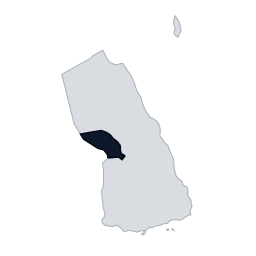 Zamakh wa Manwokh, Hadramawt, Yemen (highlighted), rotated 265°
{"feature_id": "15242507B25520584620075", "entity_name": "Zamakh wa Manwokh", "entity_type": "district", "adm_level": 2, "iso_a3": "YEM", "parent_name": "Yemen", "parent_adm1": "Hadramawt", "projection": "albers", "projection_center": [47.768, 17.17], "detail": "fine", "context": "in_parent", "style": "filled", "palette": "ink", "viewbox_px": 256, "rotation_deg": 265, "n_neighbors": 0, "source": "geoboundaries", "source_scale": "gbopen_adm2", "svg_char_len": 6074}
<svg xmlns="http://www.w3.org/2000/svg" viewBox="0 0 256 256"><g transform="rotate(265 128 128)"><path d="M207.8,109.6L198.9,113.2L196.6,114.7L194.5,116.6L193.0,118.8L191.9,122.8L192.9,126.5L192.8,128.4L190.5,129.7L188.4,130.7L186.0,132.2L184.6,132.6L183.4,133.7L182.0,134.5L177.0,136.7L171.6,138.4L162.9,140.4L159.5,142.5L156.5,143.9L151.8,144.4L145.4,146.4L141.9,148.0L137.5,150.6L136.5,151.4L135.7,153.3L134.4,154.9L131.7,157.6L129.7,159.0L128.4,159.0L125.8,159.8L122.7,160.0L117.5,159.0L116.2,159.7L115.1,160.7L111.1,162.6L107.0,166.2L104.0,167.1L99.2,168.3L95.8,169.8L93.6,170.4L90.7,170.7L85.3,170.5L80.2,171.0L75.4,171.9L73.2,173.9L70.6,176.9L66.4,178.1L65.4,179.2L64.1,181.5L61.4,182.0L59.0,182.4L56.5,181.3L51.7,184.0L50.0,184.4L47.3,184.5L45.3,185.0L44.0,184.8L42.3,183.7L38.7,182.3L36.0,183.1L35.8,180.5L31.6,172.5L32.7,165.7L32.7,164.7L31.9,161.6L29.4,158.7L29.5,155.2L28.7,152.6L28.1,150.0L28.3,149.3L28.4,148.6L27.1,144.6L26.7,143.7L26.6,142.9L27.0,142.3L27.0,141.5L26.4,140.2L25.7,137.9L22.2,135.9L23.0,134.2L23.6,134.8L24.5,135.4L24.8,134.3L24.8,133.4L23.5,128.2L25.8,121.2L25.3,114.9L28.6,112.5L29.5,111.7L30.0,111.1L30.8,109.6L31.9,109.2L32.3,107.7L32.3,106.9L31.6,106.3L31.1,104.5L31.4,102.3L31.6,101.4L32.0,99.7L33.1,99.1L33.4,98.6L32.6,97.5L32.6,96.8L34.7,95.1L35.4,94.5L36.7,94.0L37.7,94.0L38.9,94.4L39.9,94.9L40.8,95.8L41.9,96.9L43.5,97.3L44.6,97.3L45.5,97.7L46.2,97.5L47.1,97.0L48.5,97.0L49.7,96.5L53.2,96.2L56.6,96.5L60.2,96.0L63.7,96.1L67.2,96.2L68.0,96.3L68.8,96.6L71.8,98.2L74.0,98.6L78.6,99.1L83.5,99.6L87.7,100.0L91.3,99.7L94.3,99.4L95.1,99.5L96.0,100.5L97.8,102.9L99.5,105.3L102.4,105.4L104.4,104.5L106.5,103.3L107.7,102.3L109.2,98.6L110.2,96.1L112.4,93.4L114.2,91.1L116.6,88.0L118.0,86.3L120.6,83.0L123.1,81.7L128.0,79.2L132.8,76.7L135.9,75.1L138.5,74.3L142.9,73.7L148.1,72.9L153.3,72.1L158.9,71.2L165.0,70.2L169.3,69.6L174.7,68.7L179.1,68.0L183.1,67.3L187.2,66.7L188.0,68.5L188.9,70.3L189.7,72.2L190.5,74.0L191.3,75.8L192.1,77.7L192.9,79.5L193.8,81.3L194.6,83.1L195.4,85.0L196.2,86.8L197.1,88.6L197.9,90.5L198.7,92.3L199.5,94.1L200.4,96.0L201.2,97.7L202.5,98.3L203.2,100.0L204.4,102.4L205.5,104.8L206.7,107.2L207.8,109.6ZM222.1,183.4L223.2,183.6L224.9,182.9L229.8,182.7L235.7,184.5L234.6,185.1L234.0,185.9L231.4,186.7L228.9,188.3L221.5,189.3L219.3,189.0L217.4,187.5L214.1,185.6L215.3,184.3L215.6,183.7L216.1,183.1L217.9,182.1L219.8,182.2L222.1,183.4ZM23.9,159.3L23.7,159.7L23.3,159.6L22.3,158.6L23.5,157.5L24.1,158.6L23.9,159.3ZM21.0,134.6L20.4,135.0L20.3,134.3L20.7,132.7L21.3,132.2L21.7,133.4L21.4,134.1L21.0,134.6ZM23.2,164.2L22.0,164.8L22.9,163.3L23.7,163.0L23.9,163.1L23.2,164.2Z" fill="#d9dde1" stroke="#a8b0b8" stroke-width="1"/><path d="M97.0,119.3L97.3,119.5L97.5,119.7L97.5,119.8L97.8,120.0L98.0,120.2L98.1,120.3L98.3,120.4L98.3,120.5L98.5,120.6L98.7,120.8L98.8,120.9L98.9,121.0L99.0,121.1L99.2,121.3L99.3,121.4L99.4,121.5L99.5,121.7L99.5,121.8L99.7,122.0L99.8,122.1L100.0,122.3L100.4,122.4L100.5,122.4L100.8,122.2L101.0,122.0L101.1,121.9L101.3,121.7L101.5,121.5L101.5,121.4L101.6,121.2L101.8,120.9L101.9,120.7L101.9,120.4L102.0,120.3L102.0,120.1L102.2,119.9L102.3,119.8L102.4,119.7L102.5,119.6L102.8,119.5L103.0,119.4L103.3,119.2L103.6,119.1L103.8,119.0L104.0,118.9L104.3,118.8L104.5,118.8L104.6,118.7L104.9,118.6L105.0,118.6L105.3,118.6L105.5,118.6L105.8,118.6L106.0,118.5L106.4,118.5L106.6,118.5L106.8,118.5L107.0,118.5L107.3,118.5L107.6,118.5L107.9,118.5L108.0,118.6L108.3,118.6L108.5,118.6L108.8,118.6L109.0,118.6L109.3,118.7L109.5,118.7L109.8,118.7L110.0,118.7L110.3,118.7L110.5,118.7L110.9,118.7L111.0,118.7L111.4,118.6L111.5,118.6L111.8,118.5L111.9,118.4L112.0,118.3L112.1,118.2L112.4,118.0L112.5,117.9L112.8,117.7L113.0,117.5L113.3,117.4L113.5,117.3L113.7,117.2L113.9,117.2L114.0,117.1L114.3,116.9L114.5,116.7L114.8,116.6L115.0,116.4L115.1,116.2L115.3,116.1L115.5,115.9L115.7,115.7L115.8,115.6L116.0,115.4L116.2,115.2L116.3,115.1L116.5,114.9L116.7,114.7L116.8,114.6L117.0,114.4L117.2,114.2L117.3,114.1L117.4,113.9L117.5,113.8L117.5,113.7L117.7,113.4L117.9,113.3L118.0,113.2L118.2,112.9L118.3,112.8L118.4,112.7L118.5,112.6L118.8,112.4L119.0,112.3L119.0,112.2L119.3,112.0L119.4,111.9L119.5,111.8L119.6,111.7L119.8,111.6L120.0,111.4L120.3,111.3L120.3,111.2L120.6,111.1L120.8,110.9L121.0,110.8L121.2,110.7L121.3,110.6L121.5,110.5L121.6,110.4L121.8,110.3L121.9,110.2L122.1,110.2L122.3,110.0L122.4,109.9L122.5,109.8L122.6,109.7L122.8,109.5L122.9,109.4L123.0,109.3L123.0,109.2L123.3,108.9L123.5,108.7L123.8,108.4L124.0,108.2L124.2,107.9L124.3,107.7L124.5,107.5L124.6,107.3L124.7,107.2L124.8,107.1L124.9,106.9L125.0,106.7L125.2,106.3L125.3,106.2L125.5,106.0L125.6,105.9L125.7,105.7L125.8,105.6L125.9,105.4L126.0,105.2L126.1,104.9L126.2,104.7L126.3,104.6L126.4,104.4L126.4,104.2L126.5,104.1L126.6,103.8L126.7,103.7L126.8,103.5L126.8,103.3L126.9,103.2L127.0,103.0L127.0,102.8L127.1,102.7L127.2,102.4L127.3,102.1L127.5,101.8L127.5,101.7L127.6,101.4L127.7,101.2L127.7,100.9L127.8,100.8L127.8,100.7L127.8,100.4L127.8,100.2L127.8,99.9L127.7,99.8L127.7,99.6L127.6,98.2L127.3,94.1L127.2,92.7L126.4,83.3L126.1,80.1L125.7,80.3L125.3,80.5L124.9,80.7L124.5,80.9L124.1,81.1L123.7,81.3L123.3,81.6L122.8,81.8L122.5,81.9L122.1,82.2L121.6,82.4L121.2,82.6L120.8,82.8L120.5,83.2L120.2,83.6L120.0,83.9L119.6,84.4L119.4,84.7L119.1,85.0L118.8,85.4L118.5,85.8L118.2,86.1L118.0,86.5L117.7,86.9L117.4,87.2L117.1,87.6L116.8,88.0L116.5,88.3L116.2,88.7L116.0,89.1L115.7,89.4L115.4,89.8L115.1,90.2L114.8,90.6L114.5,90.9L114.2,91.3L114.0,91.7L113.7,92.0L113.4,92.4L113.1,92.8L112.8,93.1L112.5,93.5L112.3,93.9L112.0,94.2L111.7,94.6L111.4,95.0L111.1,95.4L110.8,95.7L110.5,96.1L110.2,97.0L109.9,97.8L109.7,98.3L109.4,99.2L109.0,100.0L108.9,100.5L108.5,101.4L108.2,102.3L107.8,102.5L107.5,102.7L107.1,102.9L106.7,103.1L106.4,103.4L106.0,103.6L105.7,103.8L105.3,104.0L104.9,104.2L104.6,104.5L104.2,104.7L103.9,104.9L103.5,105.1L103.2,105.3L102.3,105.3L101.5,105.3L101.1,105.3L100.7,105.3L99.9,105.3L100.0,105.3L99.9,107.5L100.0,107.5L100.0,108.2L99.9,109.2L99.9,110.3L99.9,112.5L99.9,116.0L97.0,119.3Z" fill="#0f172a" stroke="#020617" stroke-width="1.5"/></g></svg>